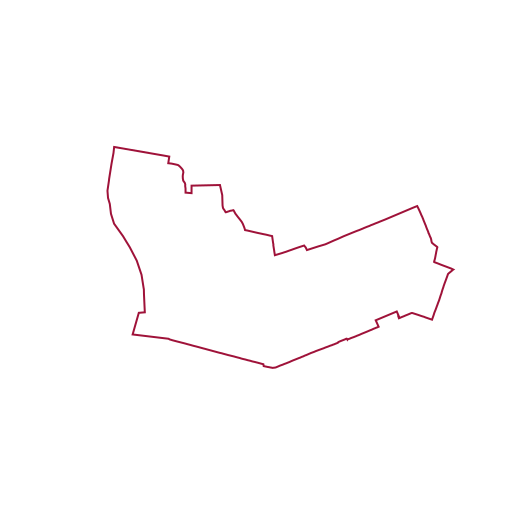 the district of Vedea, Giurgiu, Romania, rotated 127°
{"feature_id": "2599482B51909863572758", "entity_name": "Vedea", "entity_type": "district", "adm_level": 2, "iso_a3": "ROU", "parent_name": "Romania", "parent_adm1": "Giurgiu", "projection": "mercator", "projection_center": [25.749, 43.774], "detail": "fine", "context": "isolated", "style": "outline", "palette": "rose", "viewbox_px": 512, "rotation_deg": 127, "n_neighbors": 0, "source": "geoboundaries", "source_scale": "gbopen_adm2", "svg_char_len": 5861}
<svg xmlns="http://www.w3.org/2000/svg" viewBox="0 0 512 512"><g transform="rotate(127 256 256)"><path d="M254.3,434.9L259.5,431.8L269.1,427.0L283.0,419.6L283.3,419.4L284.3,418.8L293.1,414.0L293.5,413.7L298.7,409.1L302.4,404.1L309.6,397.2L315.6,388.8L320.2,374.1L322.9,367.4L323.3,366.3L325.0,362.0L331.5,348.4L339.9,336.1L348.9,326.8L349.2,326.5L350.0,325.6L350.6,325.1L353.9,322.5L362.0,315.8L367.9,310.9L371.9,315.4L392.9,307.3L374.7,276.0L374.7,275.6L374.6,275.1L374.5,274.4L374.3,274.0L374.1,273.5L373.6,272.1L371.6,267.2L371.0,265.8L370.0,263.4L369.7,262.7L368.9,260.8L368.3,259.3L367.6,257.5L366.4,254.6L366.0,253.5L365.0,251.0L364.5,249.9L363.2,246.7L361.5,242.4L360.9,241.0L360.2,239.2L358.3,234.5L358.0,233.7L356.7,230.5L356.4,229.7L355.1,226.5L354.3,224.8L354.0,224.0L353.9,223.7L353.1,221.7L352.3,219.7L352.0,218.9L351.3,217.3L349.4,212.9L349.1,212.1L348.8,211.3L348.5,210.6L348.1,209.6L347.5,208.2L347.1,207.2L346.8,206.2L346.2,204.7L345.8,203.8L345.2,202.5L344.8,201.5L344.2,199.9L343.6,198.6L343.0,197.2L342.6,196.0L342.0,194.6L341.3,193.1L340.9,192.1L340.1,190.2L339.8,189.4L339.5,188.7L339.2,187.9L338.6,186.4L338.0,185.0L339.0,183.9L339.3,183.6L338.8,182.5L338.0,180.8L337.5,179.7L337.2,179.2L336.2,177.1L335.8,176.4L335.5,175.6L334.3,174.3L333.6,173.6L333.2,173.2L330.8,171.8L329.0,170.8L326.6,169.2L325.0,168.3L324.0,167.6L322.0,166.4L320.4,165.4L319.4,164.9L317.1,163.6L315.5,162.6L311.2,160.0L310.7,159.6L310.1,159.3L309.1,158.8L308.7,158.5L308.2,158.2L307.8,157.9L307.4,157.7L306.6,157.3L305.5,156.7L304.9,156.2L303.9,155.7L302.7,155.0L302.1,154.7L301.1,154.1L300.5,153.8L299.3,153.0L298.5,152.5L298.1,152.2L297.6,151.9L297.2,151.7L296.9,151.5L295.8,150.9L295.2,150.5L293.0,149.1L291.8,148.3L290.4,147.4L288.9,146.4L287.3,145.5L285.2,144.1L284.4,143.6L283.5,143.1L282.6,142.5L281.5,141.7L280.7,141.3L279.9,140.7L278.0,139.6L277.4,139.2L276.5,138.7L276.0,138.4L275.7,138.5L275.4,138.4L275.1,138.4L274.9,138.3L274.6,138.1L273.3,137.4L269.1,134.8L267.7,134.1L267.5,133.9L267.4,133.6L267.4,133.4L267.8,132.6L267.6,132.6L267.1,132.4L266.6,132.1L265.8,131.5L264.8,131.0L263.7,130.3L261.9,129.1L260.9,128.5L259.6,127.7L258.8,127.3L257.6,126.5L256.4,125.8L254.9,125.0L249.2,121.6L246.9,120.3L245.3,119.3L243.2,118.2L242.3,117.6L241.9,117.4L241.4,117.1L241.0,116.9L240.3,116.4L239.6,116.0L239.1,115.7L238.7,115.5L235.3,121.7L215.6,110.2L218.1,105.8L218.5,106.1L219.1,105.2L219.7,104.4L218.6,103.7L218.4,103.6L217.6,103.2L215.8,102.1L215.0,101.6L213.7,100.9L211.4,99.5L208.3,97.7L208.0,97.5L207.7,97.2L207.4,96.7L207.1,95.8L205.5,91.2L204.4,87.8L204.0,86.7L203.4,85.1L203.1,83.8L202.5,82.0L202.0,80.4L200.9,77.1L200.3,77.3L197.1,78.3L195.6,78.8L194.3,79.3L192.9,79.7L190.6,80.3L190.3,80.4L189.7,80.6L188.6,80.9L187.4,81.3L185.6,81.8L184.1,82.3L181.2,83.1L180.1,83.5L179.5,83.7L176.4,84.8L175.0,85.2L173.8,85.6L172.9,86.0L171.8,86.4L170.7,86.8L168.2,87.6L166.9,88.1L163.7,89.1L162.3,89.5L156.7,91.2L155.5,91.6L155.1,91.7L154.9,91.8L154.7,91.8L154.1,91.7L153.6,91.6L150.3,90.8L148.7,90.5L148.1,90.3L148.4,91.8L148.6,92.8L149.0,94.1L149.9,97.2L150.8,100.2L151.7,103.3L152.5,106.3L153.0,108.0L153.3,108.9L153.6,110.1L153.4,110.3L152.2,110.8L151.3,111.1L150.9,111.3L150.6,111.4L150.1,111.6L148.1,112.6L147.5,112.9L146.5,113.4L145.6,113.8L144.5,114.4L144.1,114.6L143.2,115.0L141.9,115.6L141.0,116.0L140.2,116.3L139.9,116.4L139.8,116.5L139.7,116.7L139.7,116.8L139.7,117.1L139.7,118.2L139.7,118.9L139.7,119.6L139.7,121.5L139.6,122.4L139.6,122.9L139.6,123.3L139.5,123.5L139.2,124.0L138.9,124.4L138.1,125.3L137.7,125.7L137.4,126.0L137.1,126.4L136.8,126.8L136.3,127.5L136.1,128.0L135.6,128.9L135.5,129.1L135.2,129.6L134.9,130.0L134.7,130.4L134.1,131.4L134.0,131.5L133.8,132.2L133.5,132.5L133.3,132.7L133.1,133.0L132.8,133.4L132.6,133.8L132.4,134.2L132.1,134.6L131.9,135.1L130.7,137.0L130.2,137.8L129.5,138.8L129.2,139.3L129.1,139.6L128.4,140.7L126.5,143.9L125.8,144.9L125.6,145.3L125.5,145.5L124.7,146.8L123.9,148.4L123.8,148.6L123.5,149.1L122.9,150.1L121.3,153.0L120.0,155.5L119.1,157.3L120.2,158.0L122.7,159.5L123.9,160.2L149.3,174.9L153.9,177.7L155.8,178.8L158.2,180.3L160.1,181.4L161.2,182.1L162.3,182.8L163.7,183.5L166.0,185.0L167.2,185.7L168.5,186.5L170.0,187.3L170.3,187.5L171.5,188.2L173.2,189.2L174.7,190.2L176.3,191.2L179.3,193.0L180.1,193.5L180.3,193.6L187.5,197.9L193.0,200.9L196.9,203.2L203.1,206.6L205.0,207.7L210.8,212.0L220.6,218.9L220.3,219.4L220.1,219.9L219.5,221.0L219.3,221.3L219.1,222.2L218.9,223.0L218.7,223.9L218.9,224.0L220.7,225.3L222.7,226.7L225.2,228.4L228.2,230.4L229.6,231.3L231.8,232.8L234.6,234.6L236.4,235.9L237.6,236.7L244.0,241.4L241.6,243.9L240.5,245.0L238.0,247.6L236.9,248.7L236.4,249.0L235.9,249.5L235.3,250.2L234.6,250.9L234.2,251.3L230.5,255.0L230.4,255.1L230.7,255.7L230.9,256.3L231.2,256.8L231.5,257.5L231.9,258.5L232.9,260.8L234.4,263.9L234.8,264.8L236.4,268.2L237.3,270.2L238.8,273.6L240.4,277.2L241.2,279.0L241.3,279.1L241.9,280.3L241.7,280.5L241.3,281.1L240.5,282.2L239.5,283.8L238.3,285.8L237.7,287.1L237.3,288.0L236.4,291.2L236.2,292.0L235.7,294.0L235.1,296.1L234.6,297.9L234.2,298.8L233.8,299.7L233.3,300.7L233.1,301.3L233.0,301.6L233.4,302.0L234.1,302.5L235.1,303.5L235.7,304.0L236.4,304.4L237.4,305.1L237.8,305.4L238.6,305.9L239.3,306.5L239.2,307.0L239.0,307.3L238.9,307.6L238.3,309.0L238.0,310.1L237.8,310.7L237.7,310.9L237.3,311.5L235.8,313.1L227.7,319.6L221.0,327.5L238.6,349.8L244.6,345.3L247.8,350.4L244.5,352.9L242.7,354.7L241.5,355.5L241.0,356.1L240.7,356.5L240.5,356.8L240.3,357.4L240.1,357.8L240.0,358.4L239.9,358.7L239.7,359.1L239.6,359.5L238.7,360.4L238.1,361.1L236.4,362.5L235.1,363.3L233.0,364.3L232.6,364.7L231.7,365.6L231.3,366.4L230.9,367.7L230.8,368.2L230.5,369.8L230.3,371.2L230.3,371.7L230.3,372.0L230.2,372.5L230.3,372.8L230.4,373.3L230.7,374.0L231.6,376.0L232.2,377.3L233.0,379.0L234.7,381.9L228.8,385.1L231.3,390.1L254.3,434.9Z" fill="none" stroke="#9f1239" stroke-width="2"/></g></svg>